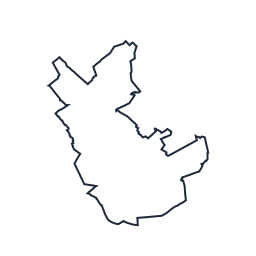 outline of Huimilpan, Querétaro, Mexico, rotated 334°
{"feature_id": "50627088B5826764416597", "entity_name": "Huimilpan", "entity_type": "district", "adm_level": 2, "iso_a3": "MEX", "parent_name": "Mexico", "parent_adm1": "Querétaro", "projection": "natural_earth1", "projection_center": [-100.316, 20.419], "detail": "fine", "context": "isolated", "style": "outline", "palette": "slate", "viewbox_px": 256, "rotation_deg": 334, "n_neighbors": 0, "source": "geoboundaries", "source_scale": "gbopen_adm2", "svg_char_len": 5501}
<svg xmlns="http://www.w3.org/2000/svg" viewBox="0 0 256 256"><g transform="rotate(334 128 128)"><path d="M71.9,205.2L73.3,207.0L75.4,208.9L76.1,209.4L77.3,210.2L77.7,210.1L82.9,209.7L83.1,209.8L83.4,209.9L83.3,210.3L83.7,210.7L84.2,211.1L85.0,212.1L85.4,212.5L86.1,213.3L86.9,214.0L89.1,216.0L90.2,217.0L91.8,218.1L93.4,219.1L94.2,219.6L94.6,218.7L95.5,216.6L97.0,212.9L105.9,216.4L107.2,216.9L114.9,219.8L119.6,221.6L120.7,221.6L121.4,221.6L123.4,221.5L126.2,221.2L128.7,220.6L129.0,220.5L130.3,220.2L132.8,219.6L134.1,219.5L134.4,219.5L135.2,219.4L135.6,219.3L136.6,219.2L137.8,219.4L138.3,219.5L138.9,219.5L140.3,219.1L140.9,219.0L144.5,219.0L145.7,218.8L146.5,218.7L147.0,218.6L148.3,218.4L150.3,212.8L151.7,209.4L152.2,208.0L152.3,207.9L152.5,207.3L153.5,204.8L154.1,201.4L154.4,199.8L153.8,199.2L153.5,198.6L153.0,198.6L153.0,197.6L154.7,197.4L154.9,196.2L167.1,197.6L168.2,197.6L172.3,198.2L172.6,198.2L172.9,198.3L173.3,198.1L177.1,195.7L178.2,194.6L178.1,194.4L178.3,193.7L178.3,192.5L178.6,192.5L178.8,192.6L178.8,192.8L178.8,193.2L178.8,193.3L179.1,193.4L183.5,191.4L183.9,191.5L184.0,191.8L185.8,190.9L188.6,185.2L189.1,184.7L189.4,184.9L192.9,170.0L190.7,168.1L190.3,168.2L189.9,168.3L188.8,168.2L188.4,168.6L188.2,168.4L187.7,167.0L187.6,166.9L186.5,166.5L185.9,165.7L185.4,164.9L184.5,169.2L167.2,170.0L154.5,170.6L151.8,170.6L150.6,168.2L151.9,166.8L148.7,162.0L153.4,159.4L153.3,159.2L153.0,156.0L152.8,155.0L152.9,153.4L152.7,152.7L152.7,152.3L153.9,152.4L154.4,152.5L154.6,152.5L155.4,152.3L156.9,152.4L157.4,152.4L157.3,152.7L158.7,152.7L159.3,152.7L163.2,152.9L165.3,150.3L165.0,149.7L164.9,149.7L163.6,147.2L162.9,146.1L161.8,146.4L160.1,146.8L155.9,147.1L155.9,146.2L155.2,144.7L154.5,143.7L153.6,142.5L152.7,141.2L152.6,140.9L152.2,140.4L151.5,140.7L151.7,143.1L143.9,145.4L141.5,146.1L141.1,145.1L140.5,144.1L140.3,143.3L137.2,142.9L136.9,142.0L136.7,141.1L136.5,140.5L136.3,139.5L136.2,139.3L135.9,139.2L135.6,139.0L135.5,138.7L135.4,138.3L135.5,138.0L135.4,137.8L135.2,137.8L135.1,137.2L135.6,137.0L135.7,136.8L135.8,136.6L135.7,136.4L135.9,136.1L135.8,135.7L135.5,135.3L135.2,134.8L135.3,134.4L135.7,133.9L136.1,133.4L136.3,133.0L137.1,132.6L136.6,132.1L136.3,131.3L136.0,130.9L135.9,130.8L135.8,130.6L135.7,130.5L135.7,130.3L136.0,130.1L136.6,130.0L136.7,129.8L136.9,129.7L137.1,129.4L136.0,126.2L134.7,123.1L133.6,120.1L132.9,118.4L132.6,117.3L127.9,110.7L127.5,109.8L126.8,108.3L126.1,106.9L124.9,107.5L125.0,106.7L126.0,106.2L128.3,106.2L128.6,106.2L132.5,106.3L140.0,106.3L148.3,101.5L147.5,99.7L146.5,99.9L145.6,99.0L146.3,98.6L146.6,98.6L147.8,98.2L149.8,98.7L149.9,99.1L150.5,99.1L150.6,99.7L151.6,99.8L152.4,100.4L152.9,100.6L153.5,100.9L154.5,100.5L155.0,100.4L151.9,87.0L154.3,80.0L155.5,79.4L155.8,79.0L156.0,78.7L157.9,74.2L158.6,72.2L159.0,71.0L159.2,69.8L159.4,69.0L164.5,68.5L165.9,65.6L166.3,63.9L169.9,60.0L171.6,58.2L170.5,56.2L170.4,54.5L169.2,53.1L165.7,54.3L164.0,48.9L160.7,50.2L151.3,48.9L151.0,49.0L144.6,52.9L134.3,54.8L131.8,56.0L128.7,56.4L123.6,57.8L122.8,64.9L122.5,67.0L122.2,66.9L121.9,66.8L120.7,66.8L120.0,67.0L119.8,67.1L119.4,67.4L119.3,67.5L118.9,67.4L118.7,67.5L118.1,67.9L117.4,68.4L116.5,69.4L116.3,69.5L113.4,70.1L113.2,70.1L112.9,70.4L111.0,70.9L110.5,69.5L109.3,66.8L105.4,57.5L105.1,56.6L104.6,55.4L103.8,53.2L103.1,52.0L101.7,48.1L101.6,47.9L101.4,47.6L101.3,47.4L101.0,47.1L100.6,46.6L100.5,46.4L100.4,46.0L100.3,45.0L100.3,44.7L100.3,44.2L100.4,43.0L100.4,42.5L100.4,42.1L100.4,41.9L100.4,41.6L100.2,41.2L100.0,40.9L99.8,40.6L99.5,40.0L99.3,39.7L99.2,39.4L99.0,38.7L98.7,38.4L98.6,38.2L98.4,37.8L98.4,37.6L98.3,37.3L98.1,37.0L98.1,36.7L98.0,36.1L97.9,36.0L97.9,35.8L97.9,35.5L97.9,35.3L97.9,35.1L97.8,34.9L97.6,34.7L97.3,34.3L95.9,34.8L89.0,36.3L89.8,50.2L87.7,51.2L87.7,51.6L87.5,51.9L87.4,52.1L87.1,52.4L86.9,52.5L86.7,52.7L86.2,52.9L85.8,53.0L85.5,53.0L85.3,53.0L83.9,53.2L75.3,55.1L76.1,55.8L78.1,65.4L79.7,72.1L79.0,73.3L79.9,73.6L82.2,79.7L82.1,80.0L84.1,81.1L77.8,81.9L72.1,82.1L71.0,82.7L69.3,83.2L69.4,83.4L69.4,83.6L69.4,83.9L69.5,84.4L69.9,86.4L70.0,86.6L70.1,86.9L70.3,87.1L70.5,87.1L70.8,87.7L70.9,88.3L70.7,88.6L70.8,88.8L71.2,90.9L71.3,91.0L71.8,92.2L71.9,92.7L72.2,92.7L72.1,95.4L72.2,95.6L72.6,97.6L72.8,97.6L73.2,97.7L73.4,98.1L73.8,99.6L73.9,100.0L74.3,100.9L74.4,101.3L74.5,101.9L74.4,102.3L74.3,102.6L73.7,102.8L73.5,103.4L73.0,103.4L72.0,103.3L72.9,106.4L72.9,106.9L72.9,107.6L72.2,109.4L72.3,110.1L72.7,110.3L72.5,111.1L73.7,112.5L73.8,113.3L73.5,113.9L73.5,114.1L73.4,114.2L73.5,114.6L73.3,114.9L73.3,115.2L73.1,115.7L72.6,115.7L72.6,115.8L72.7,116.4L72.3,117.0L72.0,117.1L71.9,116.8L71.6,117.1L71.8,117.5L71.5,117.5L71.4,117.7L70.9,117.6L70.9,118.1L70.5,118.5L70.4,119.5L70.6,119.9L70.5,120.5L70.2,120.8L70.1,123.5L71.2,125.5L71.9,126.7L72.4,127.9L73.8,130.2L72.1,131.3L71.9,131.4L71.7,131.5L68.7,133.5L68.3,133.7L67.4,134.3L64.3,136.5L64.1,159.3L64.6,159.6L65.1,160.0L67.5,161.7L69.5,163.1L71.5,164.4L72.2,165.0L74.0,166.3L71.5,166.7L70.2,167.2L69.8,167.3L69.1,167.4L68.4,167.6L67.5,167.9L66.0,168.2L65.3,168.3L64.7,168.4L64.0,168.6L63.1,169.0L63.5,169.3L63.9,169.5L64.0,169.9L64.4,170.2L64.7,170.5L64.6,170.9L64.7,171.2L65.4,172.4L65.6,172.7L65.7,173.0L65.9,173.1L66.3,173.4L66.9,174.2L67.7,175.3L67.8,175.5L68.1,176.2L68.6,176.4L68.7,177.8L69.0,178.0L68.9,178.4L69.2,179.9L69.2,181.5L69.4,182.9L69.5,183.2L69.6,183.7L69.7,184.3L69.8,185.3L70.2,185.8L70.4,186.0L70.5,186.0L70.1,190.0L69.6,195.3L69.6,195.8L69.8,201.5L70.2,202.4L71.9,205.2Z" fill="none" stroke="#1e293b" stroke-width="2"/></g></svg>